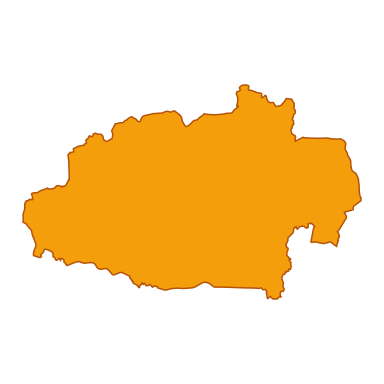 Pho Prathap Chang, Phichit, Thailand (Natural Earth projection)
{"feature_id": "78962969B76859973780400", "entity_name": "Pho Prathap Chang", "entity_type": "district", "adm_level": 2, "iso_a3": "THA", "parent_name": "Thailand", "parent_adm1": "Phichit", "projection": "natural_earth1", "projection_center": [100.175, 16.321], "detail": "fine", "context": "isolated", "style": "filled", "palette": "amber", "viewbox_px": 384, "rotation_deg": 0, "n_neighbors": 0, "source": "geoboundaries", "source_scale": "gbopen_adm2", "svg_char_len": 5953}
<svg xmlns="http://www.w3.org/2000/svg" viewBox="0 0 384 384"><path d="M283.1,291.4L284.1,289.8L284.2,289.0L283.6,287.9L283.3,286.8L282.7,286.2L283.5,283.2L281.9,279.0L281.9,278.0L282.1,276.9L283.3,274.2L284.7,274.3L285.4,271.8L286.4,272.2L287.4,270.9L288.6,271.1L288.8,269.1L290.2,269.4L290.6,269.1L291.1,267.0L290.7,263.5L291.0,263.0L290.7,262.0L290.2,261.4L289.6,261.2L289.2,260.0L289.4,259.8L290.3,259.6L290.6,259.3L290.6,258.9L288.6,257.7L288.4,257.0L286.9,255.6L286.9,251.9L287.9,250.2L288.1,249.3L288.0,248.2L286.7,247.4L286.1,245.6L286.3,245.4L286.1,243.9L287.0,242.5L287.9,240.5L287.8,238.2L292.9,232.9L293.5,231.6L293.5,229.0L293.7,228.5L294.3,228.2L294.9,227.1L296.1,226.7L296.4,228.3L297.5,229.2L298.5,227.7L299.2,227.0L301.9,226.2L304.0,226.3L305.0,227.3L306.8,228.2L308.4,227.0L308.0,223.9L310.3,223.3L310.7,223.7L311.5,223.3L314.8,226.4L313.9,227.5L313.4,229.0L310.9,241.9L311.4,242.3L312.2,242.4L313.8,242.0L315.4,241.9L322.8,243.5L324.7,243.4L330.2,241.9L330.9,242.1L333.0,243.9L336.6,246.4L337.1,244.0L338.3,240.9L337.8,240.7L338.3,238.5L339.1,237.5L339.2,236.1L339.3,236.0L338.6,233.4L337.4,231.6L338.6,230.6L346.4,217.8L346.4,216.6L344.4,212.2L353.0,209.8L353.4,206.4L360.9,200.8L361.0,197.6L360.0,196.3L359.3,192.0L359.1,185.6L358.3,178.6L357.3,176.2L355.8,173.4L352.5,171.0L351.9,170.3L350.9,166.1L350.6,160.2L347.8,155.5L347.1,152.7L345.3,149.6L345.1,148.6L345.2,146.5L345.6,145.3L345.8,144.0L345.5,143.0L344.2,140.9L341.5,139.2L340.0,138.9L337.7,139.1L332.1,138.9L327.2,138.0L318.3,138.3L307.0,138.0L303.0,137.6L302.9,137.3L295.4,141.2L295.2,140.4L295.1,138.6L295.6,136.7L295.4,136.1L294.9,135.5L292.0,134.0L290.9,130.1L291.1,129.4L292.2,127.9L292.0,126.0L293.1,125.1L293.9,123.5L293.5,122.9L293.4,120.6L292.7,119.9L292.4,118.6L293.1,117.3L293.5,115.2L295.1,113.2L295.4,112.0L295.0,110.0L293.9,108.4L294.2,105.6L294.1,103.2L292.5,100.9L291.8,99.2L286.3,98.5L284.3,101.6L280.9,105.5L276.9,106.4L275.9,106.4L275.3,105.7L273.3,102.5L270.3,102.7L269.2,102.3L268.3,101.6L266.9,99.2L266.5,97.8L266.4,96.5L265.7,95.5L265.1,95.5L263.1,97.3L262.5,97.6L262.0,97.5L261.7,97.2L261.5,96.5L261.8,94.1L261.2,93.3L257.4,92.7L250.8,90.2L249.0,90.3L248.4,89.5L248.4,88.6L248.9,86.8L248.5,85.6L245.7,84.9L243.0,85.1L241.5,85.6L239.5,87.3L239.5,88.3L240.2,89.6L240.0,90.7L238.8,91.3L237.0,91.6L236.4,93.2L236.4,93.8L237.5,96.8L237.9,100.1L237.7,101.8L236.8,105.3L236.9,106.0L238.0,105.7L238.3,106.5L236.1,108.5L234.4,109.6L233.2,111.4L232.0,112.7L230.9,113.2L227.4,113.2L223.7,114.0L215.4,114.8L207.3,114.4L204.3,113.8L203.9,113.9L202.9,115.3L199.5,117.5L198.2,118.9L197.3,119.7L196.5,120.0L193.7,120.6L191.1,123.3L188.3,125.7L186.6,126.5L186.0,126.5L184.9,125.7L182.4,121.4L181.5,117.5L180.2,115.2L174.5,110.9L173.2,111.1L170.7,112.2L167.7,111.3L166.7,111.4L165.3,111.6L162.5,113.0L153.5,113.6L144.3,115.7L142.7,116.4L141.0,119.0L140.3,121.2L139.5,121.9L137.7,121.2L135.6,118.7L134.1,118.3L132.7,117.2L131.9,116.7L131.4,116.8L128.3,118.3L127.0,119.9L125.2,120.4L123.0,122.7L119.5,122.8L117.4,123.5L115.2,123.8L114.7,125.2L113.6,127.0L113.2,128.1L112.4,129.2L111.7,130.7L112.4,133.0L112.9,133.9L112.1,138.7L111.1,139.0L108.1,140.9L106.9,141.4L106.4,141.4L104.6,140.5L104.1,139.8L103.6,139.6L103.3,138.7L103.1,137.0L102.6,135.6L101.4,134.4L99.9,134.1L98.7,134.4L95.5,133.3L94.4,133.4L93.3,134.1L93.0,135.7L92.6,136.4L92.1,136.9L90.3,136.0L89.0,136.1L88.2,138.1L87.5,138.9L86.2,139.6L85.8,141.1L86.6,143.0L86.0,143.5L84.1,144.2L83.7,145.5L82.2,145.5L77.7,146.4L75.7,147.7L73.6,148.6L73.4,148.9L73.7,151.7L70.4,152.9L70.2,152.4L68.0,154.7L68.8,161.9L69.3,179.7L68.8,179.6L65.8,185.4L64.0,186.3L62.8,186.1L62.2,187.1L60.8,186.2L59.0,185.6L56.5,185.9L54.0,188.4L51.1,189.0L48.0,188.8L47.5,188.2L40.5,190.7L38.5,191.9L37.8,192.6L33.6,192.8L32.3,193.3L31.7,193.6L31.6,193.9L32.5,197.3L32.7,199.6L31.7,199.7L31.2,199.3L30.6,199.6L29.5,199.3L29.0,200.3L28.5,200.1L27.4,200.8L26.8,200.7L26.7,201.0L26.2,201.1L26.1,201.8L25.4,202.1L25.2,202.4L25.1,204.2L24.8,204.2L24.7,209.0L24.3,210.5L23.6,212.2L23.1,214.4L23.1,216.3L23.3,217.8L23.0,222.2L25.4,223.4L26.5,224.3L28.6,227.2L31.0,229.8L31.5,230.7L32.4,235.2L34.2,239.3L36.0,244.5L36.0,245.8L34.3,250.0L33.7,252.2L33.4,254.4L33.6,255.6L34.9,255.9L36.0,256.5L39.9,257.5L40.8,257.3L41.4,256.2L40.8,255.1L40.8,254.5L43.3,252.5L43.9,250.4L45.1,249.2L45.5,249.1L47.5,249.7L49.1,250.5L50.2,250.7L52.3,252.3L53.2,253.7L52.9,255.9L53.3,256.9L55.0,257.8L55.5,259.7L56.4,260.3L56.9,260.2L58.5,258.8L59.3,258.5L59.8,258.8L60.3,260.3L60.6,260.5L61.2,258.5L61.6,258.3L62.1,258.5L64.0,260.1L63.9,261.6L64.1,262.3L64.5,262.7L65.4,263.1L65.9,264.4L66.8,265.5L67.5,265.4L73.7,262.9L77.5,261.7L79.3,261.7L82.3,262.8L84.3,263.2L90.3,262.6L92.8,262.8L93.5,263.0L95.2,264.3L96.8,267.1L98.1,268.6L100.2,269.2L101.6,269.3L105.1,268.5L106.9,268.8L109.3,270.8L112.1,274.3L113.0,274.8L114.3,274.9L119.0,272.8L121.0,272.4L122.7,272.8L129.4,276.1L129.7,276.4L129.9,278.1L131.4,279.6L131.7,280.6L132.4,280.8L132.6,281.5L133.1,281.7L132.9,282.7L133.7,283.5L137.0,285.1L138.6,287.4L139.1,287.6L139.6,287.4L139.5,286.0L141.4,284.5L141.6,283.3L142.1,283.0L143.2,284.3L144.3,283.4L144.8,283.4L145.7,285.6L148.7,285.5L149.4,284.6L149.9,284.4L150.8,285.2L152.3,287.1L152.9,287.1L153.3,286.6L154.9,285.9L155.1,286.2L157.3,286.6L157.5,286.8L157.5,287.6L158.0,288.0L164.5,290.0L166.7,289.9L171.0,288.7L176.9,288.1L182.9,288.5L185.5,288.4L192.2,287.8L194.5,287.3L202.1,282.9L203.9,282.4L205.8,282.2L209.1,283.3L214.0,287.0L215.0,287.1L223.2,287.1L245.6,287.9L252.8,288.0L259.5,288.4L260.4,287.9L261.1,287.8L262.5,289.3L263.1,289.7L263.9,289.7L265.2,289.3L265.9,290.5L266.7,291.0L266.5,293.8L267.0,294.9L266.9,296.2L267.2,296.8L267.4,298.1L267.6,298.5L268.0,298.5L269.2,297.2L270.6,296.5L271.4,297.7L272.5,298.6L273.1,298.9L275.0,299.1L277.0,298.9L277.9,298.4L278.3,297.5L279.4,297.0L281.0,297.0L281.1,296.6L280.3,295.7L280.3,294.5L280.0,294.1L280.4,293.0L280.5,292.1L281.0,291.4L283.1,291.4Z" fill="#f59e0b" stroke="#b45309" stroke-width="1.5"/></svg>